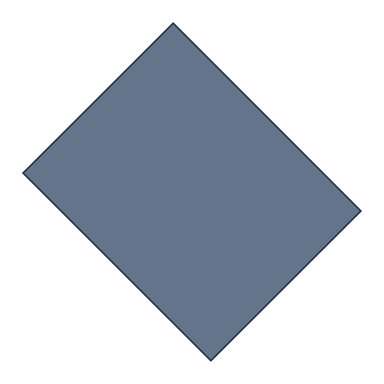 the district of Chickasaw, Iowa, United States of America, rotated 225°
{"feature_id": "52423323B57117017215517", "entity_name": "Chickasaw", "entity_type": "district", "adm_level": 2, "iso_a3": "USA", "parent_name": "United States of America", "parent_adm1": "Iowa", "projection": "robinson", "projection_center": [-92.239, 43.06], "detail": "fine", "context": "isolated", "style": "filled", "palette": "slate", "viewbox_px": 384, "rotation_deg": 225, "n_neighbors": 0, "source": "geoboundaries", "source_scale": "gbopen_adm2", "svg_char_len": 239}
<svg xmlns="http://www.w3.org/2000/svg" viewBox="0 0 384 384"><g transform="rotate(225 192 192)"><path d="M324.8,176.2L324.9,85.9L59.3,86.0L59.1,298.0L324.7,298.1L324.8,176.2Z" fill="#64748b" stroke="#1e293b" stroke-width="1.5"/></g></svg>